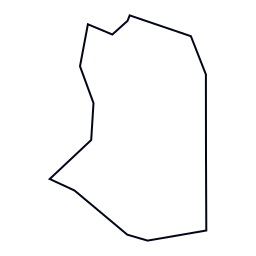 SVG path tracing the border of Aizkraukles
{"feature_id": "LVA-5730", "entity_name": "Aizkraukles", "entity_type": "Municipality", "adm_level": 1, "iso_a3": "LVA", "parent_name": "Latvia", "parent_adm1": "", "projection": "albers", "projection_center": [25.215, 56.647], "detail": "fine", "context": "isolated", "style": "outline", "palette": "ink", "viewbox_px": 256, "rotation_deg": 0, "n_neighbors": 0, "source": "natural_earth", "source_scale": "10m", "svg_char_len": 317}
<svg xmlns="http://www.w3.org/2000/svg" viewBox="0 0 256 256"><path d="M129.7,15.4L190.9,36.2L205.9,74.5L206.0,156.3L206.3,230.5L147.6,240.6L127.3,234.7L100.7,212.4L74.5,190.5L49.7,179.0L91.2,140.0L93.5,103.1L80.0,66.3L87.9,24.3L112.3,34.5L127.5,20.9L129.7,15.4Z" fill="none" stroke="#020617" stroke-width="2"/></svg>